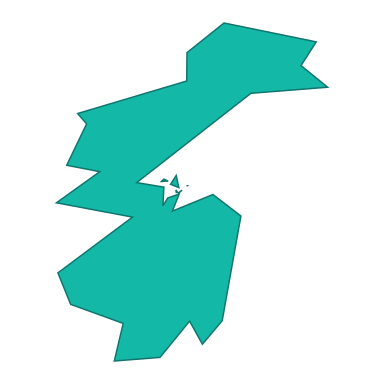 outline of Khabarovsk
{"feature_id": "RUS-2614", "entity_name": "Khabarovsk", "entity_type": "Territory", "adm_level": 1, "iso_a3": "RUS", "parent_name": "Russia", "parent_adm1": "", "projection": "robinson", "projection_center": [136.924, 54.6], "detail": "coarse", "context": "isolated", "style": "filled", "palette": "teal", "viewbox_px": 384, "rotation_deg": 0, "n_neighbors": 0, "source": "natural_earth", "source_scale": "10m", "svg_char_len": 723}
<svg xmlns="http://www.w3.org/2000/svg" viewBox="0 0 384 384"><path d="M123.2,323.4L70.7,304.4L57.9,272.9L132.5,217.1L56.4,202.8L99.8,171.7L66.7,165.3L86.6,123.9L77.6,113.5L186.7,81.0L187.0,52.6L224.0,23.0L316.2,41.9L301.0,65.6L327.6,87.2L250.9,93.3L136.7,182.6L163.9,187.1L162.9,205.9L167.8,197.9L179.1,194.1L172.4,211.1L212.9,194.5L240.9,216.0L222.2,320.7L202.4,344.2L189.6,321.1L160.0,357.4L114.3,361.0L123.2,323.4ZM176.2,175.5L178.8,187.6L170.6,184.3L176.2,175.5ZM163.7,179.2L168.1,181.0L161.4,181.5L163.7,179.2ZM178.8,192.6L182.1,190.1L178.7,193.1L178.8,192.6ZM175.9,189.9L177.5,192.4L176.3,192.5L175.9,189.9ZM186.7,186.0L187.2,185.6L187.4,185.7L186.7,186.0Z" fill="#14b8a6" stroke="#0f766e" stroke-width="1.5"/></svg>